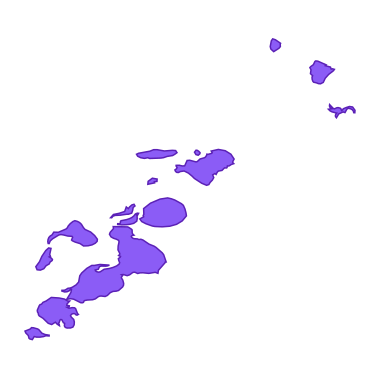 the Province of Western, rotated 94°
{"feature_id": "SLB-3507", "entity_name": "Western", "entity_type": "Province", "adm_level": 1, "iso_a3": "SLB", "parent_name": "Solomon Islands", "parent_adm1": "", "projection": "equal_earth", "projection_center": [157.155, -7.826], "detail": "fine", "context": "isolated", "style": "filled", "palette": "violet", "viewbox_px": 384, "rotation_deg": 94, "n_neighbors": 0, "source": "natural_earth", "source_scale": "10m", "svg_char_len": 6048}
<svg xmlns="http://www.w3.org/2000/svg" viewBox="0 0 384 384"><g transform="rotate(94 192 192)"><path d="M297.5,306.4L299.1,307.6L300.2,309.6L300.6,312.1L299.9,314.9L299.1,314.9L298.9,312.4L298.0,310.8L296.7,309.1L296.3,306.8L295.3,304.7L292.7,301.1L289.7,298.8L283.4,298.1L280.5,296.4L275.5,291.6L272.2,286.8L272.1,284.5L270.7,278.8L270.7,269.3L271.6,271.1L272.0,272.9L272.2,277.2L272.9,279.1L275.6,280.1L276.5,283.1L277.4,282.8L278.2,281.3L278.5,279.4L277.9,277.8L275.2,274.3L274.1,269.3L272.8,265.6L271.0,262.0L269.0,259.7L267.6,259.2L265.4,260.3L263.6,260.8L262.0,259.0L261.2,258.8L260.5,260.8L259.3,259.8L258.3,259.8L254.9,261.8L251.0,261.9L246.8,261.3L245.4,261.8L244.4,264.0L243.7,266.9L242.4,269.7L239.9,271.4L237.9,270.8L234.0,267.8L232.0,268.2L231.3,253.8L231.6,252.9L233.3,249.8L234.0,249.1L236.9,248.8L238.1,248.2L239.1,246.9L239.7,248.9L240.5,249.5L241.4,249.0L242.2,247.9L242.6,246.5L242.6,243.2L243.1,241.6L242.7,239.7L243.3,237.6L247.0,231.2L248.7,226.0L249.8,224.0L254.7,217.5L256.5,215.9L263.6,212.9L263.7,213.8L264.4,213.9L272.4,220.0L275.5,220.3L274.7,223.1L276.2,229.4L276.0,235.3L276.3,238.2L277.1,240.5L276.0,243.4L276.3,245.3L279.0,248.5L280.0,250.9L279.1,254.7L279.4,256.5L280.2,255.4L281.6,256.3L282.5,256.5L284.7,254.9L287.9,253.8L289.8,253.8L291.6,254.6L295.4,258.4L296.2,260.7L296.7,263.9L298.1,266.5L301.1,269.2L302.3,271.4L302.1,275.3L302.3,276.7L302.9,278.1L305.4,281.0L306.4,283.6L307.1,289.0L307.8,291.6L308.3,292.1L309.7,292.6L310.2,293.8L310.2,295.3L307.2,302.5L306.9,305.7L307.8,309.5L300.7,305.8L297.5,305.4L297.5,306.4ZM183.4,175.7L184.3,177.9L182.6,182.9L178.3,190.6L176.2,193.0L173.4,196.9L171.6,201.3L172.4,205.0L173.5,206.9L173.5,208.5L172.7,209.8L171.2,210.6L169.9,209.1L168.6,208.6L167.2,209.7L166.5,209.7L166.2,206.6L166.7,203.4L166.4,201.1L160.9,199.1L160.5,196.5L161.7,190.1L161.3,188.9L158.5,186.3L157.0,182.1L156.2,181.0L154.2,179.9L153.2,179.8L153.3,178.6L152.1,175.1L151.4,174.6L149.8,175.7L147.7,168.7L148.5,161.7L151.6,155.8L156.2,152.3L158.8,153.4L159.7,153.5L160.8,152.3L161.8,154.7L163.2,156.5L163.5,157.3L163.5,158.5L165.3,158.8L165.6,159.2L165.7,161.3L168.4,163.6L169.3,167.2L170.5,168.2L172.8,169.2L172.0,170.4L173.5,172.6L176.1,171.3L178.7,172.5L181.2,174.6L183.4,175.7ZM217.8,238.5L211.9,239.1L206.0,232.6L201.3,223.4L199.6,215.9L200.2,212.1L201.2,208.6L204.4,201.7L205.9,199.7L209.5,197.8L213.4,196.5L216.2,195.9L221.5,199.7L225.3,205.1L227.7,211.8L228.8,219.2L229.0,226.6L228.7,229.2L226.9,235.7L225.0,240.1L222.5,242.2L220.1,238.5L218.7,239.1L217.8,238.5ZM327.4,301.1L329.8,300.3L332.7,300.3L335.1,301.4L336.1,303.7L336.4,307.0L336.2,308.2L335.4,309.5L334.3,310.0L331.9,309.9L331.4,311.2L328.6,312.9L328.3,313.9L329.0,314.8L331.3,315.3L332.2,316.0L333.3,315.2L334.6,314.9L333.1,317.5L331.4,319.2L334.0,322.7L333.0,326.3L328.3,331.9L326.3,335.7L325.3,336.5L323.3,337.1L322.4,337.8L320.7,338.1L315.9,336.4L314.9,335.7L314.6,334.6L313.9,333.9L312.5,333.0L310.9,329.9L307.0,325.0L307.0,317.1L307.7,311.7L309.4,308.5L309.3,306.4L312.4,308.9L313.7,309.0L314.1,306.4L314.9,306.5L315.3,307.0L315.7,308.6L316.6,306.6L315.7,303.5L315.7,301.1L316.4,300.0L321.3,297.7L322.0,296.8L322.8,297.9L322.8,299.0L321.9,299.9L321.5,301.1L321.7,302.4L322.4,303.7L323.9,304.6L325.2,303.7L327.4,301.1ZM248.3,308.8L245.4,307.9L244.6,308.6L244.6,312.8L243.8,317.3L243.6,319.8L244.2,321.9L248.4,327.8L250.7,330.0L253.4,330.9L253.4,331.9L251.6,332.4L249.4,332.3L247.3,331.6L245.8,330.4L244.5,328.6L241.7,327.1L241.5,322.5L237.7,315.1L236.4,313.9L234.5,313.1L232.0,311.2L229.8,308.8L228.8,306.9L229.2,304.7L229.9,302.8L230.9,301.2L232.0,300.0L235.1,297.8L236.8,296.1L239.0,290.3L242.2,286.1L245.7,283.1L247.9,283.2L249.9,285.0L251.7,288.0L252.9,291.9L253.4,296.4L251.3,300.0L250.1,305.1L249.0,308.0L248.3,308.8ZM69.2,67.0L73.5,68.7L75.1,71.3L75.1,73.4L74.4,75.6L74.0,78.3L73.1,79.2L71.2,80.0L69.0,80.3L67.6,79.8L65.7,82.1L61.8,81.8L59.7,83.1L58.7,82.4L56.5,79.8L53.2,78.5L52.6,77.7L52.7,75.6L55.8,67.0L56.7,67.8L57.7,62.6L59.7,61.7L59.3,60.5L59.7,58.5L61.1,59.3L65.2,63.9L69.2,67.0ZM160.3,225.4L161.5,236.6L160.9,238.5L161.8,241.8L161.4,245.6L160.1,248.7L158.2,250.0L157.1,248.1L154.2,236.8L152.5,233.3L152.2,229.9L153.0,222.4L151.8,214.5L151.8,211.2L153.8,209.7L155.5,211.7L157.0,213.9L158.2,219.2L159.7,222.7L160.3,225.4ZM275.7,332.4L278.9,334.5L280.5,337.8L280.4,341.1L277.4,342.6L272.2,339.3L266.7,337.3L260.6,333.8L257.8,331.1L258.1,328.7L264.3,329.6L266.0,328.7L266.7,329.9L267.7,327.8L269.0,326.5L270.1,326.7L271.8,328.7L273.7,329.4L275.7,332.4ZM347.2,339.3L350.4,341.0L349.9,343.6L349.3,344.4L346.6,345.3L344.2,348.0L342.4,348.9L340.2,344.3L339.7,343.5L338.5,342.7L338.5,340.7L339.3,336.7L339.9,335.3L343.3,331.9L344.4,328.7L344.8,324.5L345.6,324.5L345.6,327.7L346.6,330.0L347.4,333.6L347.6,337.1L347.2,339.3ZM103.9,51.1L107.9,53.1L106.8,54.1L105.5,54.3L104.3,53.9L103.2,53.1L102.3,57.9L101.4,60.0L99.9,61.7L99.2,58.5L98.4,59.8L97.5,60.6L96.4,60.9L95.2,60.8L98.8,56.9L99.1,55.7L97.9,53.5L97.6,52.2L98.0,50.0L98.5,49.3L100.3,48.5L99.7,47.6L98.4,46.9L96.9,43.9L95.7,40.8L96.0,37.7L99.1,35.1L101.6,35.1L101.6,36.2L100.0,36.7L98.7,37.9L97.9,39.7L97.6,42.0L98.6,43.3L102.1,44.9L101.6,46.9L103.9,51.1ZM229.6,263.9L228.8,263.9L228.6,261.7L227.7,261.3L226.6,261.4L225.6,260.8L224.1,255.3L223.0,252.6L221.7,250.3L220.0,248.4L217.8,246.9L218.6,245.9L217.4,245.7L216.9,245.3L217.0,243.8L219.8,245.1L222.5,244.8L225.0,245.1L227.3,247.9L228.4,251.2L229.2,255.2L229.7,259.7L229.6,263.9ZM40.8,114.0L42.6,115.3L46.3,120.3L43.9,123.3L41.5,124.1L35.6,123.4L33.6,122.2L34.3,119.4L37.5,114.0L38.4,114.3L40.8,114.0ZM220.1,261.8L220.7,266.9L221.6,269.1L223.3,270.3L223.3,271.4L219.9,268.8L218.3,263.1L216.1,257.8L211.5,256.5L213.0,254.4L211.2,253.2L209.1,251.1L208.3,249.0L209.9,247.9L211.5,249.6L214.4,249.9L217.3,250.7L218.6,253.8L218.8,255.8L220.1,261.8ZM183.9,227.7L184.3,230.3L185.5,229.9L187.4,236.6L184.4,236.5L181.0,232.5L181.5,227.7L183.9,227.7ZM153.3,186.8L154.9,188.4L154.4,190.7L152.1,192.3L150.0,190.9L150.1,189.5L151.0,188.0L152.2,186.7L153.3,186.8Z" fill="#8b5cf6" stroke="#5b21b6" stroke-width="1.5"/></g></svg>